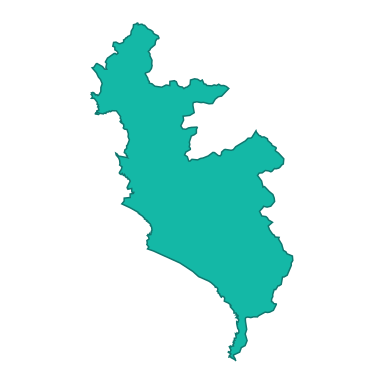 Lima, Lima Province, Peru (orthographic projection)
{"feature_id": "86281439B5897753899369", "entity_name": "Lima", "entity_type": "district", "adm_level": 2, "iso_a3": "PER", "parent_name": "Peru", "parent_adm1": "Lima Province", "projection": "orthographic", "projection_center": [-76.975, -12.046], "detail": "fine", "context": "isolated", "style": "filled", "palette": "teal", "viewbox_px": 384, "rotation_deg": 0, "n_neighbors": 0, "source": "geoboundaries", "source_scale": "gbopen_adm2", "svg_char_len": 5966}
<svg xmlns="http://www.w3.org/2000/svg" viewBox="0 0 384 384"><path d="M121.8,203.9L130.0,207.7L138.0,212.2L138.1,212.9L139.4,213.5L139.2,213.9L142.8,216.3L143.2,216.9L142.8,217.4L143.1,217.1L144.7,218.2L144.5,219.0L147.1,220.5L146.9,221.0L147.4,220.9L148.3,222.0L147.7,222.8L148.3,222.2L150.2,223.9L150.8,225.2L150.4,225.5L151.6,227.1L152.0,230.3L151.4,231.1L151.5,232.2L151.0,232.3L150.9,234.5L149.9,234.7L149.6,234.1L149.5,234.7L149.1,234.4L148.1,234.5L148.4,234.9L147.3,235.6L148.4,236.6L149.0,238.4L148.9,239.1L146.9,240.5L147.3,243.3L146.8,244.4L148.8,247.0L147.5,248.9L153.3,250.9L180.0,263.0L192.8,271.4L198.6,276.6L208.8,281.1L211.1,282.6L214.8,285.9L215.3,287.3L216.4,287.1L217.6,288.3L217.9,289.7L217.2,291.2L218.3,292.0L218.2,293.1L219.6,293.7L219.6,294.8L220.5,295.5L220.5,296.2L221.6,296.8L220.9,297.8L222.2,296.3L223.6,296.6L224.7,298.0L224.3,301.2L228.3,303.0L230.5,304.7L230.2,305.6L231.0,305.9L230.4,306.9L233.9,310.8L234.0,313.1L236.0,313.0L236.6,314.2L235.8,314.9L237.7,315.2L238.2,315.9L237.9,316.5L237.1,316.2L237.0,317.5L236.5,317.0L236.1,317.5L236.8,317.5L237.4,318.5L237.9,318.2L238.8,319.8L238.0,322.3L236.7,321.6L236.7,323.5L237.3,324.3L236.9,324.6L237.7,328.3L238.8,330.1L238.9,332.2L238.4,333.2L237.7,333.0L237.2,333.7L236.9,333.3L236.7,334.3L235.5,333.7L236.2,337.3L235.8,338.2L234.4,338.2L234.3,340.2L234.7,340.4L233.5,341.2L233.7,341.7L233.2,342.4L234.1,343.0L233.0,344.5L233.5,345.9L231.4,346.3L231.0,346.9L229.9,346.9L230.0,346.3L229.3,346.7L231.0,350.1L230.0,352.2L228.5,351.7L228.3,352.3L230.8,353.7L230.7,354.5L229.4,355.5L229.0,357.0L230.6,356.7L231.0,357.6L235.0,359.7L235.8,361.0L235.0,358.5L233.5,356.1L233.5,355.0L239.7,352.1L241.3,347.6L245.1,345.6L247.1,340.6L245.2,334.0L246.7,329.4L245.5,321.7L245.3,318.7L245.8,317.6L247.7,317.0L250.8,317.6L253.7,316.8L257.5,316.9L258.4,315.8L265.2,312.1L267.6,312.5L269.8,312.1L273.4,310.3L276.3,304.5L276.3,304.0L273.8,303.6L272.7,302.1L271.5,301.6L271.7,298.7L272.8,296.7L272.7,294.5L274.2,289.5L275.7,289.6L278.1,285.7L279.2,285.7L281.2,284.4L282.5,277.1L284.2,276.9L287.2,275.2L291.3,265.4L291.2,263.1L292.8,260.5L292.4,256.0L287.0,253.8L285.9,251.8L283.4,250.4L281.7,244.3L278.5,239.0L279.1,237.4L275.1,237.0L274.3,235.2L272.5,234.1L269.5,229.7L268.2,226.0L272.5,222.3L268.6,220.0L267.4,217.9L265.9,216.6L261.8,216.0L259.5,211.3L262.9,207.6L263.5,206.3L267.1,207.1L270.8,206.2L274.6,201.5L274.2,198.1L272.9,194.5L269.1,191.4L265.0,187.0L264.0,186.5L263.0,187.1L261.6,181.0L257.5,175.4L259.1,173.1L262.3,172.8L265.3,170.5L268.6,170.9L270.8,171.8L271.9,171.3L274.5,168.5L276.0,168.8L278.8,168.1L280.5,166.7L281.4,165.2L283.3,164.0L283.8,158.8L278.4,153.0L275.6,151.0L275.2,150.2L276.2,148.3L276.0,147.5L272.0,145.4L271.5,143.9L267.8,140.6L267.4,138.7L264.1,136.9L261.5,137.1L260.6,135.9L259.1,135.5L256.4,132.1L256.0,130.8L251.8,137.5L250.8,138.1L248.0,138.2L245.4,140.9L235.7,146.7L233.3,149.7L231.1,150.3L225.1,149.4L224.1,149.8L221.6,152.1L221.4,154.5L220.2,155.9L218.1,155.5L214.6,152.6L212.9,152.4L208.3,155.9L203.1,158.0L200.3,158.5L197.7,159.9L191.9,159.3L189.8,161.2L188.7,160.9L187.3,156.7L184.6,154.9L185.9,152.0L190.3,149.5L190.3,148.3L189.2,146.9L189.8,144.4L189.3,142.2L191.3,136.0L194.5,134.6L196.4,133.0L196.4,129.3L197.3,127.6L196.9,127.1L191.4,127.4L188.5,127.9L186.0,129.3L182.7,128.9L180.8,125.9L183.6,120.1L183.1,116.2L189.8,115.4L194.2,112.7L192.9,105.4L193.0,103.4L193.5,102.5L196.8,101.8L201.0,102.6L203.4,102.3L209.0,103.8L212.6,103.5L215.3,99.1L218.4,96.7L221.6,96.1L228.8,88.5L226.3,86.5L223.8,85.5L220.9,85.6L218.7,84.2L216.6,85.5L214.1,84.9L211.8,85.9L206.8,85.5L205.8,84.2L204.0,83.9L202.3,80.0L200.4,81.1L197.6,79.3L194.6,78.8L190.5,80.0L190.1,84.6L187.3,87.0L185.6,87.4L183.9,88.6L182.3,87.0L179.6,86.6L177.8,85.4L176.3,81.7L174.4,80.7L169.9,81.4L169.8,85.6L166.1,85.0L161.8,87.2L154.8,86.2L152.0,83.8L149.3,83.1L149.3,81.7L148.0,79.7L147.7,78.0L145.2,73.8L145.5,73.0L149.3,71.6L151.4,68.6L152.1,65.6L151.7,64.0L152.0,60.2L149.9,55.8L150.0,53.9L148.3,51.4L150.1,49.7L150.4,48.6L155.0,44.7L155.6,41.0L157.0,38.9L158.6,38.7L159.0,38.0L158.0,35.8L154.4,34.1L153.1,32.8L152.9,31.6L150.8,30.1L147.8,28.9L144.6,25.3L143.4,25.3L142.5,24.4L141.4,24.2L138.2,24.8L138.0,23.3L137.2,23.0L136.1,24.0L133.5,24.7L133.2,27.7L131.2,31.2L130.9,34.4L130.0,35.5L127.6,36.6L127.1,37.6L126.1,37.7L124.5,39.7L123.6,39.9L123.7,41.7L123.1,42.5L120.0,43.7L118.8,43.6L116.0,42.1L113.6,42.4L112.8,46.3L114.8,47.1L114.9,49.9L116.5,50.8L117.8,52.3L118.0,53.3L116.5,54.4L115.4,53.5L114.1,53.5L107.5,58.1L105.4,62.0L106.7,63.5L105.9,67.3L106.7,69.2L104.5,69.1L102.5,66.6L97.0,63.5L96.2,63.8L93.9,67.3L92.1,67.8L96.5,72.9L98.4,77.0L100.5,79.5L102.2,83.7L100.9,87.4L100.8,91.7L98.6,95.2L97.9,95.6L97.1,94.7L95.4,94.9L94.8,93.7L94.0,93.6L94.0,92.9L92.9,92.4L91.4,92.9L91.9,94.0L91.2,94.5L92.2,95.6L92.4,97.2L91.5,98.3L94.3,98.4L97.1,102.0L97.5,103.2L97.0,104.1L98.5,105.0L97.7,106.8L98.6,107.0L98.2,107.5L99.0,109.9L96.8,110.9L96.7,111.4L97.9,112.3L96.9,112.4L96.9,113.0L95.8,112.8L95.0,114.4L96.1,113.4L96.7,114.2L98.6,114.5L99.6,113.3L103.4,113.9L104.2,113.1L105.9,113.4L106.4,112.2L108.7,111.9L109.2,111.1L110.6,111.7L112.0,110.7L116.4,110.8L120.6,116.6L120.2,118.3L121.1,119.5L121.2,121.2L120.4,121.0L120.1,121.5L120.9,122.5L121.8,122.3L121.9,123.3L123.6,124.3L123.8,126.7L123.2,127.9L124.4,129.1L127.0,129.5L128.4,133.8L128.1,136.8L129.4,139.9L127.4,145.1L126.6,145.7L126.7,148.5L124.9,149.8L124.3,152.6L125.9,153.7L126.6,155.6L127.4,156.0L127.0,157.2L127.4,157.6L118.5,156.0L117.1,154.0L115.8,153.2L116.2,155.0L118.6,157.9L119.6,160.2L120.0,163.6L119.6,165.0L122.0,166.8L121.5,169.1L119.4,172.5L119.5,173.5L121.1,174.5L122.2,173.4L123.3,175.3L124.2,175.6L124.6,174.7L125.7,177.0L126.6,177.6L127.4,177.3L128.0,179.1L128.7,178.9L129.6,179.9L130.2,181.1L127.1,187.5L127.5,188.6L128.1,188.5L128.1,189.2L131.7,188.5L131.8,191.6L132.2,192.3L133.8,192.4L133.4,193.4L130.1,194.0L130.2,197.5L124.2,198.1L124.1,201.2L121.8,203.9Z" fill="#14b8a6" stroke="#0f766e" stroke-width="1.5"/></svg>